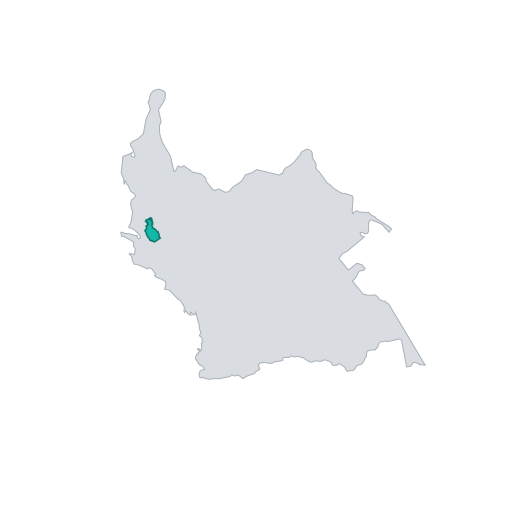 location of Tierralta, Córdoba, Colombia, rotated 320°
{"feature_id": "7082276B15762794727081", "entity_name": "Tierralta", "entity_type": "district", "adm_level": 2, "iso_a3": "COL", "parent_name": "Colombia", "parent_adm1": "Córdoba", "projection": "natural_earth1", "projection_center": [-76.048, 7.85], "detail": "fine", "context": "in_parent", "style": "filled", "palette": "teal", "viewbox_px": 512, "rotation_deg": 320, "n_neighbors": 0, "source": "geoboundaries", "source_scale": "gbopen_adm2", "svg_char_len": 7093}
<svg xmlns="http://www.w3.org/2000/svg" viewBox="0 0 512 512"><g transform="rotate(320 256 256)"><path d="M287.9,76.8L283.6,78.8L275.3,81.3L269.6,92.2L265.7,94.1L260.8,100.5L257.3,108.5L254.6,124.7L247.5,138.4L248.1,139.0L250.9,138.4L253.6,136.9L254.6,137.4L255.6,139.8L258.8,140.4L261.5,151.5L266.4,157.2L266.9,159.4L267.6,164.0L265.9,166.8L265.4,177.0L266.9,179.5L270.6,180.6L273.1,186.9L274.7,188.3L276.9,189.3L282.3,188.3L292.1,189.4L294.4,189.2L299.9,187.0L306.9,189.7L312.0,190.2L326.1,209.3L327.5,208.8L329.2,209.9L332.8,207.9L335.8,207.6L339.8,208.6L345.1,208.6L355.7,206.6L357.3,205.5L363.1,206.6L364.8,208.0L365.7,211.6L365.0,213.8L363.0,216.0L361.9,218.9L361.7,222.4L360.6,224.9L358.8,226.6L358.0,229.0L358.5,232.2L357.5,246.7L358.3,247.9L358.9,253.8L361.4,261.5L362.6,263.7L364.6,265.5L368.4,271.8L367.6,274.0L358.0,283.9L357.5,286.2L359.4,285.3L362.3,286.2L363.3,288.6L370.5,295.5L370.4,298.2L372.4,303.3L372.0,304.5L377.0,319.3L377.2,322.4L373.1,323.3L372.9,313.4L372.3,311.4L367.6,302.5L366.7,301.8L363.6,302.8L358.4,309.4L356.0,310.3L354.1,309.4L352.1,305.5L350.9,304.8L349.6,308.1L351.2,311.0L328.4,310.9L324.0,309.7L317.9,311.2L317.8,326.2L328.6,326.4L331.5,330.7L331.3,334.2L331.7,335.5L329.2,336.2L325.4,333.8L318.7,336.6L313.8,337.3L313.5,353.9L316.4,358.0L322.2,362.4L323.0,365.4L322.6,368.3L324.0,371.8L325.9,373.7L325.8,375.9L326.8,378.2L315.4,448.4L311.4,444.1L310.0,440.3L308.0,438.7L304.2,439.9L300.1,437.9L313.3,414.1L312.9,412.0L301.9,406.2L300.8,404.7L295.5,401.6L292.6,402.5L291.0,404.0L287.0,404.5L283.7,402.0L279.9,400.3L275.3,404.3L273.9,404.3L270.6,406.1L267.1,406.7L262.5,404.9L258.8,406.2L256.2,405.9L255.2,404.7L251.9,403.2L251.6,401.6L252.5,398.7L251.1,392.9L250.5,391.9L248.0,391.8L245.1,389.7L244.5,388.5L245.2,386.1L244.6,384.1L241.8,379.5L237.8,378.3L234.0,374.4L230.2,373.1L228.4,370.3L226.7,364.1L222.8,359.2L220.0,357.6L219.1,355.3L216.2,355.0L212.4,351.8L210.6,351.6L209.5,353.1L205.9,351.5L202.8,349.2L199.6,348.6L197.6,347.2L193.8,342.7L189.8,340.5L187.4,341.3L186.7,344.6L185.3,345.2L180.6,344.4L179.9,345.1L178.6,344.9L173.0,342.5L167.3,341.6L165.9,336.0L162.3,334.0L161.2,331.3L158.7,331.6L149.1,326.5L145.1,323.0L141.7,321.0L138.1,317.1L137.6,315.5L134.8,313.2L136.2,310.2L139.5,308.0L143.8,309.7L144.3,306.3L142.8,303.2L143.5,296.3L144.6,294.7L147.0,293.4L148.5,293.9L149.4,292.7L152.9,293.2L154.0,292.8L156.6,290.0L157.8,287.8L159.0,288.0L161.9,284.2L161.4,280.5L164.1,279.7L166.9,273.5L168.1,273.4L168.8,270.5L173.7,260.4L171.9,261.5L170.0,260.8L170.3,257.4L169.7,257.0L168.1,259.6L166.7,257.0L167.1,252.6L164.9,253.4L165.0,252.4L168.2,249.2L169.5,241.7L168.5,239.0L167.8,227.8L167.3,225.7L164.6,222.9L168.8,219.7L170.3,217.3L168.4,212.3L165.9,208.1L165.8,205.6L167.3,205.8L167.9,198.9L166.5,196.3L164.8,196.2L159.3,185.9L157.3,183.8L158.8,178.9L160.5,176.7L160.1,173.0L161.2,173.1L163.6,176.6L164.6,176.0L168.3,172.8L168.4,169.8L171.4,166.6L167.2,156.1L165.8,154.5L167.5,151.1L168.5,151.3L170.1,154.6L172.7,156.8L176.6,162.6L178.2,163.9L177.0,165.2L176.8,166.6L177.3,167.4L179.5,167.6L180.4,166.0L179.8,158.8L178.9,155.3L176.9,152.8L177.5,151.7L181.5,150.0L189.7,143.2L192.5,136.8L194.6,134.5L197.1,133.0L200.0,133.3L202.3,132.5L203.0,130.5L201.5,126.1L203.3,120.0L203.2,116.9L204.3,115.1L203.9,114.3L201.0,116.5L204.0,112.2L206.2,105.7L218.1,94.2L225.8,97.0L228.3,96.8L225.1,98.2L224.6,99.9L225.7,101.6L226.9,102.1L227.9,101.0L230.5,94.3L230.9,90.6L232.0,89.3L233.7,88.8L241.2,90.4L248.4,89.9L260.1,80.2L269.0,76.1L271.1,72.2L271.7,69.2L273.3,68.1L275.0,68.1L276.0,66.4L280.0,63.9L284.4,63.6L289.0,65.8L291.2,69.8L291.5,72.5L287.9,76.8ZM153.0,292.0L152.5,292.5L151.5,291.6L151.1,290.5L151.7,289.6L152.6,289.9L153.0,292.0Z" fill="#d9dde1" stroke="#a8b0b8" stroke-width="1"/><path d="M185.2,176.3L185.4,176.4L185.4,176.5L185.5,176.7L185.7,176.8L185.7,177.1L185.8,177.1L186.0,177.2L186.0,177.3L186.2,177.5L186.2,177.8L186.3,178.0L186.4,178.3L186.5,178.5L186.8,178.9L186.7,179.1L186.8,179.3L187.0,179.5L187.3,179.8L187.5,180.0L194.1,180.7L194.0,180.3L194.1,180.2L194.2,179.9L194.1,179.6L194.3,179.4L194.2,179.3L194.3,179.2L194.4,178.9L194.4,178.7L194.5,178.7L194.5,178.3L194.6,177.9L194.8,177.9L195.1,177.7L195.3,177.5L195.4,177.4L195.4,177.1L195.5,177.0L195.6,176.9L195.6,176.6L195.8,176.4L196.0,176.2L196.1,175.9L196.1,175.6L196.1,175.4L196.2,175.2L196.2,174.8L196.3,174.7L196.2,174.7L196.0,174.4L196.0,174.2L195.9,174.1L195.9,173.9L195.8,173.7L195.7,173.6L195.7,173.2L196.0,172.8L196.0,172.7L196.1,172.3L196.1,172.1L196.1,171.9L196.1,171.7L196.0,171.3L196.0,171.2L196.0,170.9L195.9,170.6L195.7,170.1L195.8,169.7L195.7,169.6L195.1,169.3L195.1,169.2L195.1,168.9L195.1,168.5L195.1,168.3L195.0,168.0L195.0,167.8L195.0,167.7L195.3,167.5L195.4,167.4L195.5,167.2L195.6,166.5L195.8,166.0L195.9,165.7L195.9,165.3L196.0,165.1L196.3,165.2L196.5,165.3L196.8,165.1L196.9,164.9L197.1,164.9L197.1,164.7L197.3,164.3L197.5,164.3L197.6,164.6L197.7,164.4L197.9,164.3L197.9,164.2L198.0,164.1L198.3,164.0L198.3,163.7L198.5,163.5L198.4,163.4L198.5,163.2L198.4,163.1L198.4,162.9L198.5,162.8L198.4,162.7L198.6,162.6L198.6,162.4L198.7,162.5L198.8,162.3L198.9,162.2L199.0,162.2L199.2,161.9L199.3,161.7L199.3,161.8L199.4,161.5L199.4,161.4L199.5,161.3L199.5,161.2L199.6,161.3L199.7,161.1L199.8,160.8L200.0,160.7L200.1,160.2L200.1,159.9L199.9,159.9L199.8,159.7L199.7,159.5L199.9,159.3L199.8,159.2L199.7,159.0L199.6,158.9L199.3,159.0L199.2,158.8L199.1,158.7L198.9,158.7L198.7,158.8L198.7,159.0L198.6,159.3L198.6,159.5L198.4,159.7L198.2,159.7L198.2,159.8L198.1,159.7L197.8,159.7L197.7,159.7L197.7,159.3L197.7,158.9L197.7,158.7L197.4,158.5L197.3,158.4L197.2,158.5L196.8,158.5L195.8,158.4L195.6,158.2L195.6,158.3L193.9,158.3L194.0,158.5L193.9,158.7L194.0,158.8L193.9,159.0L194.0,159.3L194.1,159.5L194.2,159.8L194.0,159.7L193.9,159.7L193.8,159.8L193.9,160.0L193.9,160.3L194.0,160.3L194.2,160.6L194.2,160.8L194.3,161.0L194.1,161.1L193.9,161.1L194.1,161.2L194.0,161.3L193.9,161.3L194.0,161.5L193.9,161.6L193.9,161.9L193.7,161.9L193.7,162.0L193.5,161.9L193.3,162.0L193.2,162.3L193.1,162.6L192.9,162.7L192.8,162.4L192.7,162.5L192.8,162.6L192.7,162.7L192.4,162.6L192.2,162.6L192.3,162.6L192.1,162.6L191.9,162.6L191.7,162.6L191.8,162.6L191.7,162.5L191.4,162.5L191.5,162.6L191.4,162.6L191.5,162.6L191.4,162.7L191.4,162.8L191.2,162.9L191.2,163.0L190.9,163.2L190.9,163.3L190.8,163.5L190.7,163.7L190.6,163.8L190.5,164.0L190.4,164.0L190.2,164.2L190.0,164.3L189.9,164.4L189.7,164.5L189.4,164.6L189.1,164.7L189.1,164.8L188.9,164.9L188.9,165.0L188.7,165.0L188.4,165.1L188.2,165.1L187.9,164.9L187.7,164.9L187.6,165.0L187.4,165.3L187.2,165.4L187.1,165.5L187.0,165.8L186.9,166.0L186.9,166.9L186.9,167.1L186.8,167.7L186.8,167.8L186.8,168.0L186.7,168.1L186.3,168.6L186.3,168.8L186.0,168.9L185.9,169.2L186.0,169.3L185.9,169.4L185.9,169.5L185.6,170.1L185.6,170.3L185.6,170.5L185.6,170.8L185.6,171.1L185.6,171.6L185.3,171.8L185.3,172.0L185.4,172.5L185.5,172.6L185.4,172.8L185.5,172.9L185.5,173.1L185.5,173.3L185.4,173.8L185.3,174.0L185.4,174.3L185.2,174.5L185.2,174.8L185.0,175.0L185.0,175.5L184.9,175.6L185.0,175.7L185.2,176.3Z" fill="#14b8a6" stroke="#0f766e" stroke-width="1.5"/></g></svg>